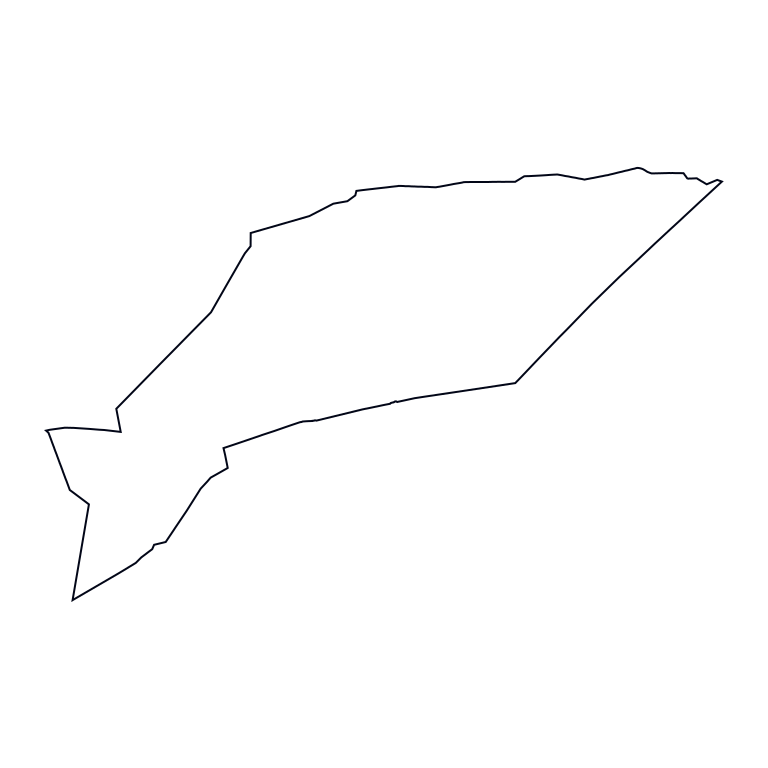 outline of Raarvihke sma 1, Nord-Trøndelag, Norway
{"feature_id": "86288312B41208068814146", "entity_name": "Raarvihke sma 1", "entity_type": "district", "adm_level": 2, "iso_a3": "NOR", "parent_name": "Norway", "parent_adm1": "Nord-Trøndelag", "projection": "natural_earth1", "projection_center": [13.659, 64.821], "detail": "fine", "context": "isolated", "style": "outline", "palette": "ink", "viewbox_px": 768, "rotation_deg": 0, "n_neighbors": 0, "source": "geoboundaries", "source_scale": "gbopen_adm2", "svg_char_len": 4474}
<svg xmlns="http://www.w3.org/2000/svg" viewBox="0 0 768 768"><path d="M515.3,383.1L516.6,381.7L518.0,380.3L539.6,357.6L555.4,341.2L559.3,337.1L565.9,330.5L575.8,320.3L581.9,314.0L591.9,303.7L600.5,295.3L607.6,288.4L608.1,287.9L608.6,287.4L619.5,276.8L644.1,253.8L655.0,243.5L658.8,240.0L664.6,234.6L670.3,229.3L677.3,222.9L699.0,202.7L721.9,181.6L717.2,179.9L706.7,184.3L704.5,183.0L703.1,182.1L702.7,181.9L700.9,180.9L700.0,180.3L697.5,178.8L697.0,178.4L696.8,178.3L692.1,178.5L690.4,178.5L689.5,178.5L688.2,178.7L687.8,178.5L687.2,178.3L686.2,176.9L685.4,175.7L685.1,175.5L684.4,174.4L684.3,174.2L683.7,173.5L683.5,173.2L682.5,173.2L679.9,173.1L677.3,173.1L677.0,173.1L674.6,173.1L672.2,173.0L670.6,173.1L669.5,173.0L666.6,173.1L665.8,173.1L665.5,173.1L662.4,173.2L657.9,173.3L653.6,173.4L651.5,173.4L650.0,172.9L648.5,172.3L647.4,171.9L646.3,171.2L645.1,170.4L643.0,169.2L641.7,168.7L640.3,168.3L638.7,168.0L637.2,167.9L636.3,168.1L634.7,168.6L632.7,169.0L630.3,169.6L628.9,170.0L627.3,170.4L625.7,170.7L623.7,171.2L621.9,171.7L620.0,172.1L617.5,172.7L615.6,173.2L612.8,173.9L610.1,174.5L609.0,174.8L608.0,175.1L605.9,175.4L603.9,175.8L602.6,176.1L600.3,176.5L597.9,177.0L595.9,177.4L593.5,177.9L591.0,178.3L589.2,178.7L586.9,179.1L584.5,179.6L581.9,179.0L578.8,178.5L575.6,177.8L571.8,177.2L568.6,176.5L565.2,176.0L562.4,175.4L559.6,174.9L557.4,174.5L553.3,174.7L549.9,174.9L545.8,175.2L542.6,175.4L539.1,175.6L535.3,175.8L529.3,176.1L525.3,176.2L524.2,176.3L521.9,177.7L519.5,179.2L517.0,180.7L515.2,181.8L510.4,181.8L506.4,181.8L502.6,181.9L499.8,181.8L491.6,181.9L487.9,182.0L484.1,182.0L480.6,182.0L478.3,182.0L475.3,182.0L471.4,182.0L465.1,182.1L464.0,182.1L462.0,182.6L459.3,183.1L456.8,183.5L453.7,184.0L451.3,184.5L448.7,185.0L446.0,185.5L442.7,186.1L439.5,186.7L437.3,187.0L435.9,187.3L433.5,187.2L431.1,187.1L428.0,186.9L425.1,186.9L421.7,186.7L418.6,186.7L415.0,186.5L411.4,186.4L408.8,186.2L405.4,186.2L403.1,186.0L398.7,185.9L397.7,186.1L391.3,186.8L386.5,187.4L379.2,188.2L373.9,188.8L373.2,188.9L368.6,189.4L361.8,190.2L356.4,190.9L355.3,195.4L347.4,201.2L333.3,203.7L309.3,216.1L250.7,233.0L250.6,246.2L244.9,253.3L243.0,256.5L225.8,286.4L211.0,312.3L190.7,332.9L174.3,349.6L166.1,357.9L166.0,358.0L159.9,364.2L146.6,377.8L125.6,399.3L116.3,408.8L120.7,431.9L104.2,430.0L99.0,429.7L89.2,428.9L73.9,427.9L64.9,427.7L49.7,429.8L46.1,430.6L48.5,432.8L50.9,439.1L52.1,442.5L53.1,445.1L53.3,445.7L53.4,446.0L53.7,446.6L53.8,447.0L54.0,447.4L54.4,448.7L54.5,449.0L54.9,450.0L55.5,451.7L55.8,452.3L56.0,453.0L56.2,453.4L56.4,454.0L56.6,454.4L56.7,454.7L56.8,455.0L57.0,455.6L57.2,456.2L57.4,456.7L57.8,457.7L58.0,458.4L58.2,458.8L58.4,459.4L58.6,459.9L58.9,460.8L59.3,461.8L59.5,462.4L59.6,462.6L59.7,463.1L60.1,463.9L60.3,464.5L60.5,465.0L60.6,465.4L60.8,465.7L61.0,466.3L61.1,466.7L61.3,467.0L61.4,467.4L61.6,467.9L61.6,468.0L62.0,469.0L62.6,470.6L63.1,472.2L63.3,472.6L64.7,476.4L64.8,476.7L64.9,476.8L65.0,477.2L65.2,477.8L66.6,481.3L69.8,490.0L87.8,503.5L88.1,503.7L88.4,503.9L88.4,504.0L88.9,504.4L88.9,504.6L88.8,505.1L72.6,600.1L119.0,573.1L135.8,562.9L141.3,557.4L149.1,551.5L152.2,549.2L154.1,544.8L165.7,542.0L173.9,529.8L175.0,528.1L184.1,514.6L186.8,510.6L200.7,488.6L207.5,481.3L209.2,479.3L210.7,477.6L216.6,474.3L227.7,468.0L227.7,467.9L225.1,454.9L223.5,448.1L236.4,443.8L260.8,435.5L261.5,435.2L274.3,431.0L285.5,427.1L292.8,424.6L296.7,423.3L300.0,422.2L300.3,422.1L300.5,422.1L300.8,422.1L301.0,422.0L301.4,422.0L301.6,422.0L301.8,421.9L302.0,421.8L302.1,421.7L302.3,421.6L302.5,421.6L302.8,421.5L307.0,421.2L312.1,421.0L312.2,420.9L312.4,421.0L312.5,421.0L312.7,420.9L312.8,420.9L313.0,420.8L313.3,420.8L313.5,420.7L313.8,420.7L314.0,420.6L314.4,420.5L314.6,420.5L314.7,420.4L314.8,420.4L315.0,420.4L315.3,420.4L315.5,420.4L315.8,420.4L316.0,420.5L316.3,420.6L316.5,420.6L362.9,409.3L363.0,409.3L365.9,408.7L366.1,408.7L371.9,407.5L374.3,407.0L375.2,406.8L376.8,406.5L381.9,405.4L385.3,404.7L389.0,404.0L390.0,403.8L390.2,403.7L390.3,403.6L390.4,403.4L390.6,403.1L390.8,403.0L391.2,402.9L391.5,402.9L391.8,402.7L392.1,402.6L392.3,402.6L392.6,402.5L392.8,402.5L393.0,402.5L393.1,402.4L393.3,402.4L393.5,402.3L393.8,402.2L394.0,402.2L394.3,402.0L394.3,401.9L394.5,401.8L394.7,401.7L394.8,401.7L395.0,401.5L395.1,401.4L395.3,401.4L395.7,401.4L396.2,401.4L396.5,401.6L396.8,401.8L397.0,401.9L397.3,402.0L397.5,401.9L402.6,400.8L407.7,399.7L414.6,398.2L423.1,396.9L453.4,392.4L515.3,383.1Z" fill="none" stroke="#020617" stroke-width="2"/></svg>